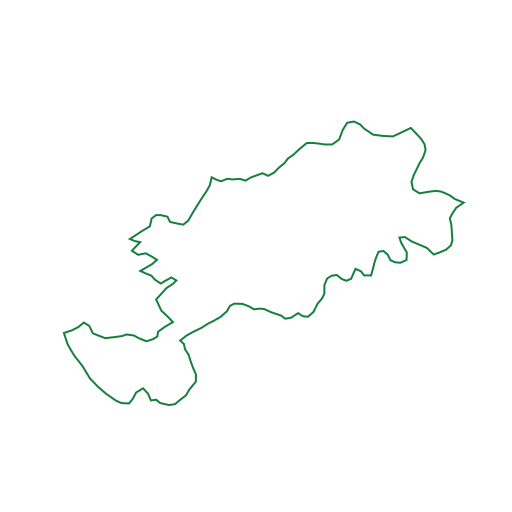 outline of Ananindeua, Pará, Brazil, rotated 61°
{"feature_id": "56859067B63914289904635", "entity_name": "Ananindeua", "entity_type": "district", "adm_level": 2, "iso_a3": "BRA", "parent_name": "Brazil", "parent_adm1": "Pará", "projection": "albers", "projection_center": [-48.38, -1.343], "detail": "fine", "context": "isolated", "style": "outline", "palette": "green", "viewbox_px": 512, "rotation_deg": 61, "n_neighbors": 0, "source": "geoboundaries", "source_scale": "gbopen_adm2", "svg_char_len": 2558}
<svg xmlns="http://www.w3.org/2000/svg" viewBox="0 0 512 512"><g transform="rotate(61 256 256)"><path d="M340.9,99.8L341.9,93.7L342.6,86.5L341.2,80.4L337.5,76.6L323.4,70.0L317.0,68.2L313.9,63.4L310.9,57.5L310.0,48.5L302.4,54.6L297.1,57.0L292.9,60.0L288.9,63.4L286.0,67.6L283.9,72.9L280.4,82.7L273.8,86.3L266.6,84.1L262.1,79.3L253.9,67.6L250.9,62.2L245.4,56.2L239.8,54.4L232.9,54.9L219.1,58.5L217.8,78.3L212.7,86.5L206.6,94.8L196.9,99.7L191.5,101.1L185.9,105.1L183.7,111.7L187.7,118.9L194.4,126.8L195.4,135.3L191.8,141.8L187.7,147.1L184.2,152.3L181.8,156.9L183.5,166.0L185.6,174.5L186.2,180.8L188.6,186.2L189.8,193.0L191.8,199.7L191.8,206.4L186.7,210.3L185.9,215.4L184.8,222.5L185.0,228.6L180.6,232.9L177.6,239.5L174.5,243.7L173.7,250.4L169.7,253.9L165.7,256.6L171.8,262.2L175.7,268.5L178.1,273.3L180.6,278.0L183.5,283.2L186.9,289.3L192.3,298.3L193.3,304.4L190.3,308.1L184.5,314.7L178.7,314.4L174.2,319.3L171.8,323.5L172.6,329.1L178.6,334.4L178.9,343.6L179.5,351.4L180.0,358.0L184.2,354.8L187.7,350.6L191.2,362.0L197.8,358.5L200.2,351.1L205.2,347.9L211.3,344.5L212.7,350.6L212.9,357.8L213.0,364.4L217.8,360.9L222.5,357.0L227.6,355.9L233.9,352.7L233.7,347.9L233.7,340.5L238.8,337.5L240.1,342.4L240.6,349.8L243.5,358.2L245.6,364.4L257.9,365.3L265.6,362.8L273.5,360.7L273.8,370.4L274.8,378.4L278.6,381.4L278.8,386.4L277.5,393.1L271.4,398.1L266.4,401.3L261.9,407.2L261.0,412.2L257.9,420.2L254.7,427.7L249.6,432.1L244.4,436.2L236.3,435.7L230.8,438.8L232.0,446.0L231.8,452.9L230.2,461.3L236.3,462.5L241.4,463.5L248.3,463.5L255.4,463.2L268.2,461.1L282.6,460.6L293.4,457.7L303.6,454.0L314.6,448.6L319.5,444.9L323.4,438.5L321.3,433.2L317.3,427.1L317.0,418.9L324.1,417.2L331.4,417.9L333.3,413.0L338.1,411.1L344.1,404.5L346.3,398.7L344.8,390.7L343.9,384.8L340.5,379.0L336.7,369.5L330.6,366.0L323.4,365.3L315.8,364.1L309.7,362.8L303.3,363.3L298.0,361.7L293.2,363.3L291.9,355.3L291.9,347.5L292.4,338.7L291.9,330.9L292.2,324.3L292.1,316.8L290.3,308.3L287.0,303.0L287.1,298.2L291.3,291.1L296.3,286.8L301.7,283.6L303.6,278.6L306.3,274.6L312.4,270.1L316.6,266.3L320.3,262.9L325.0,260.8L327.0,255.2L326.4,246.9L331.4,244.2L334.3,240.0L332.8,232.9L327.5,225.2L325.3,219.1L322.1,214.5L314.6,210.3L310.2,204.7L309.9,199.6L311.7,194.6L317.6,192.2L321.4,189.1L322.1,184.0L315.5,175.2L320.3,171.6L325.3,170.9L328.8,164.8L322.6,158.7L318.9,155.3L315.5,151.6L311.7,146.8L313.4,142.1L318.4,140.2L325.0,140.4L329.0,137.3L331.9,133.0L332.5,126.3L326.1,122.4L314.6,122.6L309.4,121.6L311.7,116.5L318.7,112.8L331.7,102.7L340.9,99.8Z" fill="none" stroke="#15803d" stroke-width="2"/></g></svg>